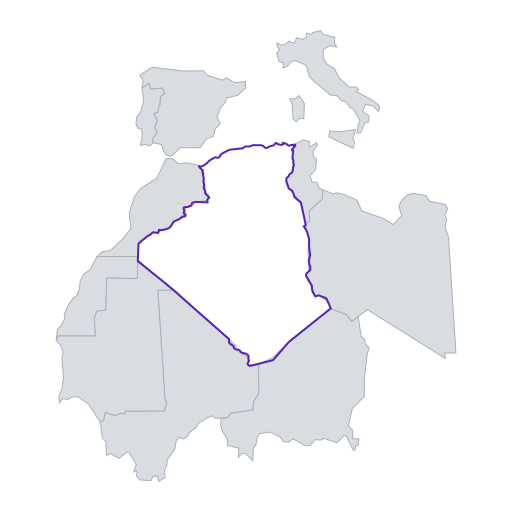 Algeria highlighted, Equal Earth projection
{"feature_id": "DZA", "entity_name": "Algeria", "entity_type": "country or territory", "adm_level": 0, "iso_a3": "DZA", "parent_name": "Africa", "parent_adm1": "", "projection": "equal_earth", "projection_center": [1.791, 28.04], "detail": "fine", "context": "with_neighbors", "style": "outline", "palette": "violet", "viewbox_px": 512, "rotation_deg": 0, "n_neighbors": 10, "source": "natural_earth", "source_scale": "50m", "svg_char_len": 10108}
<svg xmlns="http://www.w3.org/2000/svg" viewBox="0 0 512 512"><path d="M138.2,256.5L137.3,278.6L106.7,278.0L105.8,310.1L96.9,311.2L94.3,317.7L95.5,336.0L58.4,336.0L56.1,340.2L57.5,329.0L61.2,325.5L64.6,318.9L64.2,314.6L67.9,305.7L73.5,297.7L76.7,295.7L79.5,288.4L80.1,281.7L83.8,274.0L90.2,269.5L97.0,256.5L138.2,256.5Z" fill="#d9dde1" stroke="#a8b0b8" stroke-width="1"/><path d="M106.5,455.4L105.8,441.5L102.3,437.9L100.3,422.3L103.6,420.0L105.4,412.3L115.1,415.6L120.6,413.1L124.3,413.9L125.8,411.0L164.4,410.9L166.7,401.8L165.0,400.2L157.8,290.2L172.2,290.0L235.3,345.2L237.6,351.2L247.9,356.9L248.1,365.0L258.6,363.8L258.8,393.4L253.6,402.0L252.8,410.0L231.1,413.2L227.5,417.8L215.2,418.3L212.8,415.8L207.5,417.7L198.4,423.1L196.5,427.1L189.0,433.0L187.7,436.3L183.6,439.0L178.9,437.2L176.3,440.4L174.8,449.3L167.0,460.1L167.1,464.5L164.5,470.1L165.0,477.7L158.7,481.3L157.3,475.7L152.8,476.9L150.9,480.7L139.5,479.8L136.5,476.1L137.1,472.2L135.9,470.6L133.8,471.9L136.3,464.3L129.2,452.4L127.2,452.0L119.0,458.4L110.6,453.6L106.5,455.4Z" fill="#d9dde1" stroke="#a8b0b8" stroke-width="1"/><path d="M56.1,340.2L58.4,336.0L95.5,336.0L94.3,317.7L96.9,311.2L105.8,310.1L106.7,278.0L137.3,278.6L137.9,259.8L172.2,290.0L157.8,290.2L165.0,400.2L166.7,401.8L164.4,410.9L125.8,411.0L124.3,413.9L120.6,413.1L115.1,415.6L105.4,412.3L103.6,420.0L100.3,422.3L88.5,403.9L77.8,396.7L72.4,396.8L67.6,399.6L62.9,398.5L59.5,402.7L58.9,395.7L61.8,389.3L63.4,377.2L61.9,358.2L63.1,351.8L60.9,345.7L56.1,340.2Z" fill="#d9dde1" stroke="#a8b0b8" stroke-width="1"/><path d="M358.2,316.6L361.1,336.3L364.8,339.6L365.1,343.6L369.2,348.0L367.3,353.5L364.3,379.5L364.3,396.3L352.3,408.5L348.4,425.6L352.6,430.4L352.7,438.7L358.9,439.0L358.0,445.2L355.3,445.9L355.1,450.1L353.3,450.4L346.5,436.1L344.2,435.6L336.8,442.9L324.0,438.3L321.2,440.1L315.5,439.7L309.9,445.3L305.0,445.6L293.2,438.9L288.6,442.1L283.7,441.8L280.0,436.9L270.3,432.1L259.9,433.6L257.4,436.4L256.1,443.9L253.3,449.2L252.7,460.8L245.3,453.3L241.8,453.3L238.5,457.2L238.7,448.2L227.6,445.3L227.3,439.0L221.9,430.5L220.6,424.6L221.3,418.3L227.5,417.8L231.1,413.2L252.8,410.0L253.6,402.0L258.8,393.4L258.6,363.8L272.0,358.1L299.2,333.0L331.1,308.9L346.1,314.3L351.7,321.3L358.2,316.6Z" fill="#d9dde1" stroke="#a8b0b8" stroke-width="1"/><path d="M305.4,224.0L301.0,202.2L287.5,187.3L286.5,178.2L291.9,171.6L293.7,161.8L292.0,150.6L293.7,144.6L303.1,139.9L309.4,141.3L309.3,147.2L316.7,142.9L317.4,145.1L313.2,150.9L313.3,156.3L316.5,159.2L315.7,169.5L310.0,175.5L312.0,182.0L316.6,182.2L319.1,187.9L322.6,189.7L322.4,199.0L309.3,211.0L309.8,221.2L305.4,224.0Z" fill="#d9dde1" stroke="#a8b0b8" stroke-width="1"/><path d="M142.1,88.0L148.9,83.5L150.8,89.0L162.4,88.0L164.6,93.6L160.5,96.7L160.0,105.5L158.5,107.2L157.9,112.6L154.1,113.5L157.3,120.4L154.6,128.0L157.5,131.4L152.7,139.0L153.3,142.8L149.6,145.9L145.0,144.2L140.4,145.5L142.2,136.4L141.7,129.2L137.8,128.2L135.9,123.8L137.0,116.3L140.7,112.1L143.7,100.7L142.1,88.0Z" fill="#d9dde1" stroke="#a8b0b8" stroke-width="1"/><path d="M153.3,142.8L152.7,139.0L157.5,131.4L154.6,128.0L157.3,120.4L154.1,113.5L157.9,112.6L158.5,107.2L160.0,105.5L160.5,96.7L164.6,93.6L162.4,88.0L150.8,89.0L148.9,83.5L142.1,88.0L143.0,80.1L139.8,75.2L152.2,67.2L182.9,71.0L203.6,70.8L207.0,75.1L222.6,80.2L225.7,77.8L235.3,82.8L245.2,81.4L245.7,87.9L237.6,95.4L226.5,97.8L225.8,101.6L220.4,107.9L216.9,117.2L220.3,123.8L215.2,128.9L213.2,136.5L206.5,138.8L200.1,147.8L180.4,147.7L171.2,156.3L166.9,155.3L163.7,151.4L161.5,144.6L153.3,142.8Z" fill="#d9dde1" stroke="#a8b0b8" stroke-width="1"/><path d="M306.7,33.1L311.8,34.6L312.6,32.6L320.7,30.7L322.8,34.4L334.8,37.2L334.3,42.5L336.6,47.1L329.8,45.5L323.3,49.4L323.2,57.9L326.3,63.5L334.6,69.0L339.4,78.2L349.5,87.2L356.3,87.1L358.5,89.6L356.3,91.8L370.9,99.3L378.8,105.3L379.8,107.4L378.5,111.5L373.3,106.1L365.6,104.3L362.5,111.7L369.1,115.9L368.5,121.9L364.9,122.6L360.8,132.5L357.2,133.4L358.4,123.6L360.2,121.2L353.3,108.8L349.6,107.3L346.7,102.4L341.1,100.4L337.1,95.8L330.6,95.1L315.4,82.7L309.3,76.3L306.2,65.3L294.9,60.4L291.1,61.9L286.4,67.0L282.9,67.8L283.7,63.1L279.1,61.7L276.7,53.2L279.5,49.9L276.9,45.8L277.1,42.8L280.8,45.1L284.8,44.6L289.4,40.9L290.9,42.6L294.8,42.3L296.4,37.9L302.7,39.3L306.2,37.5L306.7,33.1ZM340.1,131.9L355.6,129.6L353.0,138.8L354.5,142.4L353.0,148.4L328.8,136.8L329.7,130.9L340.1,131.9ZM294.8,99.1L299.0,95.6L304.4,103.6L303.8,118.7L299.8,118.0L296.4,121.8L293.0,118.8L292.2,105.0L290.0,98.5L294.8,99.1Z" fill="#d9dde1" stroke="#a8b0b8" stroke-width="1"/><path d="M101.8,251.9L110.4,250.5L122.8,238.8L130.9,228.6L129.2,213.4L134.5,196.6L140.7,188.5L156.8,178.1L166.2,158.5L172.8,158.6L178.0,163.6L186.5,162.8L199.6,165.5L202.9,173.1L206.3,193.0L208.6,195.6L206.9,200.3L195.0,202.3L190.8,206.8L185.5,207.8L185.0,216.8L174.2,221.6L170.5,227.7L153.7,232.9L138.6,242.0L138.2,256.5L97.0,256.5L101.8,251.9Z" fill="#d9dde1" stroke="#a8b0b8" stroke-width="1"/><path d="M448.5,237.1L455.9,352.9L445.0,353.0L445.1,358.3L367.5,309.7L351.7,321.3L346.1,314.3L331.1,308.9L326.8,301.0L319.2,295.2L314.9,297.5L311.4,290.5L310.9,285.1L305.2,276.0L308.8,270.8L308.0,250.5L309.3,240.5L305.4,224.0L309.8,221.2L309.3,211.0L322.4,199.0L322.6,189.7L333.4,193.9L337.1,192.8L344.8,194.8L357.0,200.2L361.8,211.0L383.3,218.4L393.4,224.5L401.7,215.7L398.9,206.4L401.4,200.6L407.5,194.9L413.6,193.3L426.1,195.7L429.6,201.1L445.2,204.6L447.7,208.6L444.9,214.5L446.8,219.7L445.0,227.2L448.5,237.1Z" fill="#d9dde1" stroke="#a8b0b8" stroke-width="1"/><path d="M295.0,144.7L295.2,145.3L295.3,145.9L294.5,146.5L293.9,146.8L293.3,148.3L292.1,149.3L291.9,149.6L291.9,149.9L292.8,150.3L293.1,150.8L293.2,151.4L292.9,153.5L292.7,155.1L292.5,157.2L292.5,158.0L292.8,159.0L293.2,159.8L293.3,160.6L293.2,162.7L293.7,164.0L294.0,165.1L293.3,166.5L293.0,167.8L292.9,169.5L292.8,170.7L292.4,171.7L291.8,172.7L291.1,173.3L290.2,173.8L289.3,174.5L288.5,176.4L286.8,177.9L286.4,178.4L286.3,179.7L286.4,181.4L286.7,182.8L287.6,184.8L288.4,187.0L288.6,188.2L288.9,188.6L290.0,189.3L291.8,190.3L292.1,190.7L293.0,192.3L294.0,195.0L294.3,196.9L295.9,198.3L297.5,199.7L299.0,200.9L300.6,202.2L300.9,202.6L301.5,205.3L302.1,208.0L302.7,211.0L303.4,214.0L304.2,217.6L304.6,219.6L305.1,222.1L305.8,224.9L304.9,225.6L303.9,226.3L304.7,227.8L306.2,230.2L307.1,232.2L307.4,233.0L308.1,235.5L308.8,237.8L308.9,238.6L309.2,240.4L309.0,245.4L309.6,251.8L310.2,255.0L309.5,257.9L308.8,260.6L308.9,262.0L309.3,264.2L309.8,265.8L310.3,266.6L310.3,269.3L310.1,270.3L308.5,271.7L306.7,273.0L306.2,274.1L306.1,275.3L306.4,276.3L307.7,278.5L309.6,281.9L311.8,285.5L311.9,286.4L312.1,289.0L313.0,292.3L314.0,293.7L314.4,294.8L315.0,295.6L315.7,296.1L316.1,296.2L318.4,295.3L322.4,296.8L326.2,298.3L326.5,298.6L327.3,300.5L328.8,303.6L329.8,306.1L330.8,308.3L326.0,312.2L321.2,316.0L316.4,319.9L311.6,323.7L306.8,327.6L301.9,331.5L297.1,335.4L292.3,339.2L289.0,341.8L287.0,344.1L284.4,347.0L282.0,349.8L280.1,352.0L277.6,354.9L276.3,356.4L273.6,359.6L272.7,360.2L269.0,361.2L265.6,362.0L262.5,362.8L260.3,363.4L258.3,363.9L255.2,364.7L253.1,365.2L250.7,365.8L250.4,365.9L249.9,365.9L249.6,365.9L249.0,365.6L248.2,364.8L247.7,364.4L247.6,363.8L247.9,363.0L248.2,362.3L248.4,361.8L248.6,361.3L249.0,361.0L249.0,360.5L248.7,359.7L248.4,358.6L248.5,356.6L248.5,355.9L248.5,355.7L247.8,354.9L246.4,354.0L245.2,353.5L244.7,353.4L243.4,353.1L241.5,352.5L240.9,352.2L239.7,350.3L239.1,349.8L236.3,349.5L235.4,349.2L234.6,348.7L234.0,348.1L233.6,347.1L233.5,346.3L233.3,345.9L230.2,343.9L229.5,343.2L229.1,342.5L229.1,341.6L229.1,340.4L229.0,339.4L228.9,338.9L227.5,337.7L224.4,335.0L221.3,332.2L218.2,329.5L215.1,326.8L212.1,324.1L209.0,321.4L205.9,318.7L202.8,316.0L199.8,313.3L196.7,310.6L193.7,307.9L190.6,305.2L187.6,302.5L184.5,299.8L181.5,297.1L178.5,294.4L175.9,292.1L173.1,289.7L171.0,288.0L168.9,286.2L166.7,284.4L165.3,283.2L163.5,281.8L161.8,280.4L160.1,279.1L158.4,277.7L156.7,276.3L154.9,274.9L153.2,273.5L151.5,272.2L149.8,270.8L148.1,269.4L146.4,268.0L144.7,266.7L143.0,265.3L141.2,263.9L139.5,262.5L137.8,261.2L137.9,258.6L138.0,256.6L138.1,253.6L138.2,250.9L138.3,248.3L138.3,246.5L138.4,244.7L138.5,243.8L138.6,243.5L139.6,242.9L141.1,241.5L141.7,240.9L142.4,240.2L144.9,238.4L145.4,237.9L147.9,235.7L148.4,235.4L149.7,235.2L150.3,234.8L151.0,233.9L152.1,232.9L152.8,232.5L153.0,232.4L153.4,232.3L155.6,232.6L156.5,232.8L157.6,233.0L158.0,232.9L158.3,232.6L158.7,231.9L158.8,231.1L158.8,230.4L158.9,230.1L159.1,229.9L159.6,230.0L160.2,230.1L161.5,230.1L162.0,230.0L163.5,229.8L165.6,229.3L167.3,228.7L168.6,228.3L170.1,227.0L171.1,225.7L172.3,223.8L173.2,222.1L174.9,221.0L176.4,220.4L177.2,220.1L179.1,219.2L180.8,217.9L182.3,216.6L183.4,216.4L184.9,216.2L185.2,216.0L185.6,215.5L185.6,214.8L185.2,214.2L184.7,213.9L184.3,213.6L183.9,213.5L183.7,213.1L183.8,212.4L183.9,211.8L184.2,211.2L184.1,210.2L183.8,209.3L183.7,208.7L183.7,208.0L183.9,207.5L184.4,207.2L185.1,207.1L185.9,207.2L187.4,207.0L191.3,205.4L191.6,205.0L191.8,203.9L192.1,202.9L192.5,202.6L194.0,202.3L195.8,201.9L196.5,201.9L198.5,202.0L199.9,202.0L202.3,202.2L203.9,202.2L205.3,202.3L207.2,202.4L207.6,202.1L207.6,201.4L207.3,200.2L207.5,199.4L208.2,198.6L209.1,197.8L208.7,196.8L208.0,196.1L207.1,195.3L206.6,194.9L205.7,194.0L205.2,192.9L204.8,190.5L204.2,189.2L203.7,187.6L204.2,184.6L203.5,182.8L203.5,182.0L203.5,181.1L203.7,179.5L203.6,177.3L202.9,175.0L203.2,174.2L203.4,173.8L203.3,173.5L202.7,172.8L202.4,172.2L202.5,171.6L202.9,170.8L202.9,170.5L201.8,169.5L199.9,167.9L199.4,167.2L199.2,166.3L201.0,166.5L201.9,166.4L204.0,165.3L205.8,163.9L207.1,163.2L208.3,161.6L209.3,160.7L210.9,159.6L215.3,157.3L215.9,157.3L217.4,157.8L218.6,157.7L219.5,156.9L220.4,155.0L221.9,153.8L223.7,152.6L226.1,151.5L227.7,150.5L230.3,149.6L236.6,149.0L239.9,148.5L242.1,148.6L244.4,147.0L245.5,146.5L250.3,146.4L252.6,145.2L261.3,145.2L262.3,145.6L263.4,146.2L265.2,147.8L266.1,148.1L267.2,147.8L269.8,146.3L272.8,145.6L274.5,144.7L275.1,143.4L276.5,143.0L277.3,143.9L280.5,144.9L282.4,144.6L283.2,144.3L282.9,142.9L284.9,143.3L286.5,144.0L288.1,145.4L289.2,145.7L291.1,145.0L295.0,144.7Z" fill="none" stroke="#5b21b6" stroke-width="2"/></svg>